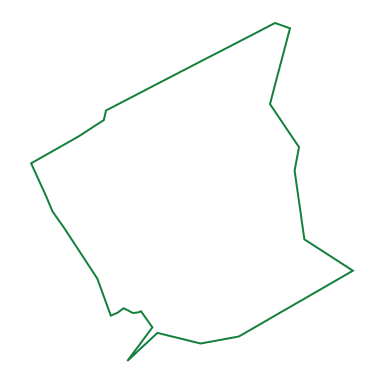 the district of San Antonio Acutla, Oaxaca, Mexico
{"feature_id": "50627088B20203637446703", "entity_name": "San Antonio Acutla", "entity_type": "district", "adm_level": 2, "iso_a3": "MEX", "parent_name": "Mexico", "parent_adm1": "Oaxaca", "projection": "mercator", "projection_center": [-97.495, 17.744], "detail": "fine", "context": "isolated", "style": "outline", "palette": "green", "viewbox_px": 384, "rotation_deg": 0, "n_neighbors": 0, "source": "geoboundaries", "source_scale": "gbopen_adm2", "svg_char_len": 986}
<svg xmlns="http://www.w3.org/2000/svg" viewBox="0 0 384 384"><path d="M290.0,28.3L275.0,23.0L245.7,38.2L241.2,40.5L234.2,44.1L233.0,44.7L230.8,45.9L203.1,60.1L198.0,62.8L191.2,66.3L185.1,69.5L180.5,71.8L169.8,77.4L155.0,85.0L151.5,86.9L147.1,89.1L145.9,89.8L137.7,94.0L136.8,94.5L106.0,110.5L103.8,120.1L93.0,127.0L91.6,128.0L79.1,136.1L31.1,163.3L46.1,196.2L52.6,211.6L64.2,228.0L97.3,278.6L102.6,293.1L110.8,315.6L117.3,312.9L123.5,308.3L127.7,310.2L132.5,312.9L135.5,312.8L138.8,312.2L141.0,311.3L145.5,317.6L152.4,327.4L149.3,331.5L141.3,342.3L132.9,353.5L127.3,361.0L157.4,332.9L200.6,343.5L238.8,336.5L239.3,336.2L239.7,336.0L269.9,318.6L272.8,316.9L275.5,315.3L276.8,314.6L279.3,313.1L281.4,311.9L282.4,311.3L283.7,310.6L288.6,307.8L291.9,305.9L295.5,303.8L352.9,270.7L304.4,239.4L301.7,220.7L301.2,216.9L300.6,212.4L299.8,207.1L294.6,170.6L299.0,147.1L286.4,128.5L279.0,117.4L275.8,112.7L270.0,104.1L274.5,86.8L290.0,28.3Z" fill="none" stroke="#15803d" stroke-width="2"/></svg>